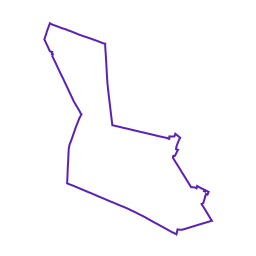 Nezahualcóyotl, México, Mexico, rotated 357°
{"feature_id": "50627088B38047784170675", "entity_name": "Nezahualcóyotl", "entity_type": "district", "adm_level": 2, "iso_a3": "MEX", "parent_name": "Mexico", "parent_adm1": "México", "projection": "orthographic", "projection_center": [-99.019, 19.432], "detail": "fine", "context": "isolated", "style": "outline", "palette": "violet", "viewbox_px": 256, "rotation_deg": 357, "n_neighbors": 0, "source": "geoboundaries", "source_scale": "gbopen_adm2", "svg_char_len": 4359}
<svg xmlns="http://www.w3.org/2000/svg" viewBox="0 0 256 256"><g transform="rotate(357 128 128)"><path d="M75.5,99.0L77.2,102.4L78.6,104.9L80.1,107.8L80.9,109.4L81.3,110.6L82.3,111.8L79.6,116.3L79.3,117.1L76.0,124.3L73.2,131.2L72.8,132.2L70.7,137.3L68.8,141.5L67.9,145.0L67.8,145.3L67.3,149.7L67.0,152.6L66.6,157.0L65.7,165.2L64.9,174.2L64.3,180.1L68.2,181.9L69.2,182.3L70.8,183.0L72.4,183.8L76.1,185.6L78.6,186.8L80.3,187.6L82.5,188.7L85.4,190.1L87.6,191.1L89.8,192.2L92.1,193.3L94.0,194.3L97.7,196.1L100.7,197.5L102.4,198.4L106.5,200.4L108.6,201.3L111.0,202.5L114.7,204.3L117.0,205.4L119.0,206.3L122.7,208.1L123.9,208.7L125.8,209.8L127.6,210.8L128.8,211.4L130.8,212.5L132.4,213.4L134.8,214.8L138.4,216.8L139.5,217.5L141.8,218.9L144.1,220.4L147.6,222.6L150.7,224.5L154.0,226.5L156.9,228.3L160.3,230.4L163.0,232.1L166.6,234.4L166.7,234.5L167.5,234.7L167.7,234.8L168.3,235.2L169.6,236.0L170.3,236.3L170.8,236.7L171.5,234.2L171.7,233.5L171.9,232.8L172.1,231.9L172.7,232.0L173.8,232.2L174.6,232.3L175.1,232.3L175.9,232.4L176.4,232.5L177.1,232.3L178.4,232.0L178.6,232.0L178.9,231.9L179.3,231.8L179.9,231.7L180.2,231.6L180.5,231.5L181.1,231.4L181.7,231.2L181.8,231.2L182.6,231.0L183.4,230.8L184.1,230.6L184.4,230.5L186.0,230.2L186.5,230.0L187.2,229.8L187.5,229.8L188.1,229.6L188.3,229.6L188.5,229.6L188.9,229.4L189.7,229.2L191.1,228.9L191.3,228.8L191.5,228.8L192.1,228.6L192.8,228.4L193.4,228.3L193.7,228.2L194.0,228.2L194.8,227.9L195.2,227.9L195.5,227.8L196.1,227.6L196.4,227.6L196.5,227.5L196.9,227.4L197.4,227.3L198.0,227.2L198.3,227.1L198.5,227.1L199.2,226.9L199.5,226.8L200.0,226.7L200.5,226.6L200.8,226.5L201.4,226.4L202.3,226.1L202.5,226.1L203.3,225.9L204.8,225.5L205.1,225.4L206.1,225.2L206.5,225.1L206.9,225.1L206.5,224.3L206.3,224.0L205.5,222.5L204.0,219.7L203.7,219.1L203.1,218.1L202.3,216.5L201.6,215.3L201.1,214.2L200.7,213.5L197.5,207.8L198.2,207.5L198.6,207.2L199.3,206.8L201.8,199.8L201.7,199.8L202.0,199.1L202.2,198.5L202.5,198.0L203.9,198.7L204.2,198.2L204.2,197.9L205.2,196.0L202.4,194.5L202.3,194.4L201.7,195.5L200.8,195.2L200.6,195.1L200.8,194.8L201.2,193.7L199.9,193.1L197.9,192.0L196.7,191.2L195.6,190.6L194.8,190.1L194.1,189.5L193.3,191.8L192.7,191.4L192.0,190.9L191.3,190.8L191.0,190.7L190.6,190.7L189.2,190.5L188.6,190.4L188.1,190.4L187.9,190.4L187.1,188.9L186.8,188.3L186.4,187.6L184.6,184.3L182.8,181.0L181.6,178.8L181.4,178.5L180.3,176.4L179.5,175.1L178.4,172.9L177.8,171.9L176.7,169.8L176.0,168.6L175.4,167.5L175.0,166.8L174.2,165.4L173.7,164.5L173.4,163.9L173.2,163.6L173.0,163.2L172.8,162.8L172.6,162.5L172.0,161.4L171.8,161.1L171.6,160.6L171.5,160.3L171.4,159.9L171.4,159.4L171.5,159.1L171.5,158.8L171.6,158.5L171.7,158.3L171.8,158.2L172.7,158.5L173.2,158.3L173.5,158.1L174.6,156.2L175.0,155.5L175.2,155.1L175.6,154.3L175.8,153.9L176.1,153.5L176.4,153.0L176.8,152.4L174.9,151.7L175.2,150.1L175.5,148.7L175.9,148.0L176.2,147.1L176.5,146.4L176.8,145.8L177.5,144.3L177.9,143.5L178.2,142.8L179.0,141.4L179.2,141.2L179.3,141.0L179.6,140.5L177.9,138.9L175.5,136.8L175.0,136.3L174.9,136.6L174.6,137.2L174.4,137.5L174.1,138.4L173.8,138.9L171.3,138.8L169.7,138.6L168.9,138.6L168.9,139.4L168.6,141.0L168.0,140.9L168.0,140.5L164.8,139.6L161.7,138.7L160.2,138.3L157.0,137.4L153.7,136.4L150.4,135.4L147.5,134.6L146.1,134.2L143.1,133.3L140.2,132.5L137.3,131.6L134.4,130.8L131.5,129.9L130.0,129.5L127.1,128.6L125.6,128.2L122.7,127.4L119.8,126.5L115.4,125.2L112.5,124.4L112.1,118.4L111.7,112.4L111.1,103.4L110.4,92.9L109.8,82.5L109.7,71.8L109.7,61.5L109.5,42.9L109.6,42.6L108.5,42.4L107.9,42.2L107.0,41.8L105.0,40.9L104.2,40.5L101.2,39.2L98.1,37.9L97.0,37.4L96.0,37.0L94.4,36.3L93.0,35.8L92.0,35.4L91.7,35.3L91.1,35.0L90.7,34.8L89.9,34.6L87.4,33.6L85.8,32.9L83.7,32.1L83.0,31.7L82.4,31.4L81.1,30.8L80.2,30.4L79.6,30.1L78.1,29.4L77.0,28.9L75.7,28.3L75.0,28.0L74.4,27.8L73.5,27.4L72.4,26.9L71.3,26.3L70.0,25.9L69.0,25.5L68.5,25.3L68.0,25.1L67.4,24.9L66.4,24.5L65.1,23.9L63.7,23.2L62.9,22.9L61.0,22.1L60.1,21.7L59.9,21.6L59.3,21.4L58.8,21.2L58.3,20.9L57.6,20.7L55.5,19.3L53.5,24.0L52.2,27.0L50.7,31.1L49.9,33.0L49.1,35.2L49.3,35.5L51.0,39.8L51.9,41.9L53.9,47.1L54.2,47.4L54.4,47.6L56.3,48.0L55.8,50.2L56.8,50.4L56.2,52.4L57.6,55.7L58.6,58.0L59.2,59.5L60.1,61.7L60.8,63.5L62.3,67.1L64.6,72.7L65.8,75.3L66.7,77.6L68.7,82.5L70.5,86.8L71.3,88.9L72.9,92.8L74.2,95.9L75.1,98.3L75.5,98.9L75.5,99.0Z" fill="none" stroke="#5b21b6" stroke-width="2"/></g></svg>